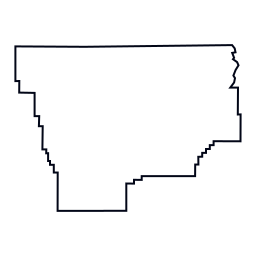 outline of Musselshell, Montana, United States of America
{"feature_id": "52423323B78609580638287", "entity_name": "Musselshell", "entity_type": "district", "adm_level": 2, "iso_a3": "USA", "parent_name": "United States of America", "parent_adm1": "Montana", "projection": "mercator", "projection_center": [-108.305, 46.444], "detail": "fine", "context": "isolated", "style": "outline", "palette": "ink", "viewbox_px": 256, "rotation_deg": 0, "n_neighbors": 0, "source": "geoboundaries", "source_scale": "gbopen_adm2", "svg_char_len": 768}
<svg xmlns="http://www.w3.org/2000/svg" viewBox="0 0 256 256"><path d="M84.8,46.8L15.4,46.4L15.4,81.1L19.3,81.0L19.2,92.6L34.6,92.9L34.6,116.1L39.2,116.1L38.9,126.2L42.7,126.2L42.4,149.4L46.3,149.4L46.2,153.3L48.1,153.2L48.1,161.0L50.0,161.0L50.0,164.8L53.8,164.8L53.8,172.5L57.7,172.5L57.6,210.9L126.3,210.8L126.3,183.5L134.0,183.6L134.0,179.8L141.7,179.9L141.7,176.1L195.1,176.1L195.2,164.5L198.4,164.5L198.3,156.8L202.2,156.7L202.2,152.9L206.0,152.9L206.0,149.0L209.8,149.0L209.8,145.1L213.6,145.1L213.6,141.2L240.5,141.3L240.6,114.4L237.8,114.5L238.0,87.6L230.3,87.6L234.1,82.5L235.0,78.1L233.4,75.6L235.6,70.0L238.5,65.3L237.1,62.1L233.0,59.2L234.1,57.8L232.2,52.9L235.5,52.3L234.7,48.4L232.1,45.1L84.8,46.8Z" fill="none" stroke="#020617" stroke-width="2"/></svg>